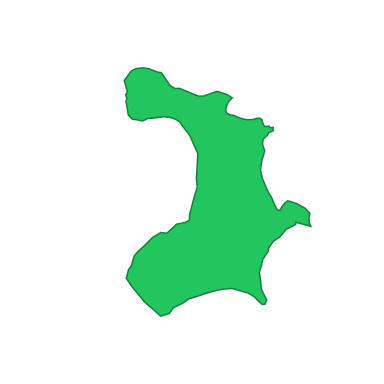 Irepodun, Kwara, Nigeria (orthographic projection), rotated 235°
{"feature_id": "59680162B70509973828236", "entity_name": "Irepodun", "entity_type": "district", "adm_level": 2, "iso_a3": "NGA", "parent_name": "Nigeria", "parent_adm1": "Kwara", "projection": "orthographic", "projection_center": [4.958, 8.196], "detail": "fine", "context": "isolated", "style": "filled", "palette": "green", "viewbox_px": 384, "rotation_deg": 235, "n_neighbors": 0, "source": "geoboundaries", "source_scale": "gbopen_adm2", "svg_char_len": 2145}
<svg xmlns="http://www.w3.org/2000/svg" viewBox="0 0 384 384"><g transform="rotate(235 192 192)"><path d="M95.8,269.6L99.3,270.3L101.4,271.6L103.8,273.0L107.1,276.4L113.9,275.3L121.7,271.5L125.8,268.7L127.1,267.8L130.0,265.1L129.6,261.3L128.4,257.2L126.6,253.8L128.0,251.5L132.2,252.0L141.9,254.0L147.5,254.3L152.3,255.2L158.5,256.5L159.2,256.7L162.7,257.4L170.8,260.8L178.2,267.8L181.5,272.1L184.2,275.3L190.7,277.1L190.9,277.3L192.0,278.3L194.3,280.5L195.2,285.9L195.2,286.1L196.3,288.3L196.5,288.9L195.6,293.9L195.9,294.2L197.1,294.2L198.0,295.5L198.5,295.5L199.0,294.0L200.3,292.9L201.5,292.9L202.3,292.3L203.0,290.3L204.0,289.0L206.7,289.3L208.7,289.8L210.9,290.7L213.1,290.2L214.9,288.0L216.9,282.5L219.6,278.5L222.5,275.8L225.6,273.2L225.9,273.0L226.6,272.6L230.8,270.3L232.8,267.8L235.5,266.3L237.1,265.6L239.8,266.7L242.9,269.9L245.1,273.9L246.0,279.0L250.7,276.9L252.8,275.9L254.6,274.4L260.1,270.2L264.1,256.2L266.9,252.2L275.9,246.4L284.1,241.2L286.4,237.5L291.8,235.1L307.3,235.3L310.4,232.2L313.2,230.4L317.8,227.3L320.1,224.9L322.2,222.4L324.7,217.9L325.8,214.1L325.8,210.8L323.9,205.8L322.3,200.5L311.3,196.6L309.5,193.3L306.4,192.5L303.7,189.6L300.6,188.3L291.6,184.0L285.8,184.9L283.4,187.6L278.5,192.3L277.8,197.6L275.8,200.8L272.7,206.5L270.1,211.6L266.2,216.4L261.4,220.0L256.8,222.1L250.1,222.1L240.7,222.6L239.6,222.6L226.4,220.0L220.7,219.0L217.4,216.7L215.4,215.1L205.2,207.1L200.8,203.5L192.6,198.9L188.8,193.5L188.0,192.6L179.9,183.0L174.8,177.0L170.3,173.7L171.1,168.6L174.5,160.8L173.4,153.6L172.7,147.5L176.7,143.3L177.4,133.8L175.1,120.7L174.3,113.5L172.7,108.1L169.5,103.7L166.5,100.4L164.7,95.2L164.0,94.6L159.2,88.7L154.8,88.6L149.5,88.5L146.2,88.7L144.1,88.9L136.7,89.5L129.6,90.0L118.1,92.8L108.2,95.2L105.5,103.9L107.9,109.9L106.2,121.4L106.2,128.6L103.6,136.1L101.5,143.4L98.7,152.2L95.1,160.9L90.0,169.5L82.1,175.9L77.0,180.0L70.1,183.1L65.4,183.7L59.6,185.0L58.2,187.6L60.6,191.2L72.4,193.0L80.2,197.4L87.9,201.3L91.5,206.3L96.0,211.0L99.7,220.2L102.4,223.1L105.0,230.4L104.8,238.2L107.5,247.9L106.2,255.6L106.0,258.4L107.6,259.7L95.8,269.6Z" fill="#22c55e" stroke="#15803d" stroke-width="1.5"/></g></svg>